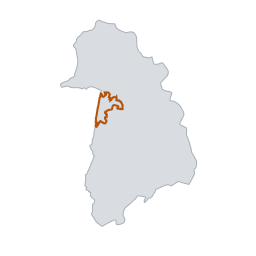 Sissili, Sissili, Burkina Faso shown in context, rotated 100°
{"feature_id": "67063806B75900195473972", "entity_name": "Sissili", "entity_type": "district", "adm_level": 2, "iso_a3": "BFA", "parent_name": "Burkina Faso", "parent_adm1": "Sissili", "projection": "orthographic", "projection_center": [-2.154, 11.45], "detail": "fine", "context": "in_parent", "style": "outline", "palette": "amber", "viewbox_px": 256, "rotation_deg": 100, "n_neighbors": 0, "source": "geoboundaries", "source_scale": "gbopen_adm2", "svg_char_len": 7423}
<svg xmlns="http://www.w3.org/2000/svg" viewBox="0 0 256 256"><g transform="rotate(100 128 128)"><path d="M191.6,160.5L185.0,160.8L182.6,161.6L181.2,161.6L181.1,161.0L180.9,160.7L172.6,158.7L166.7,157.5L160.8,156.2L160.5,157.5L159.6,158.3L158.3,158.4L157.5,158.2L156.9,159.2L155.9,160.4L154.5,161.1L153.2,161.9L152.4,162.5L151.9,162.6L150.5,160.9L148.7,160.8L145.3,161.1L143.8,160.6L141.8,160.4L136.9,160.8L129.1,160.1L127.8,160.5L127.5,160.8L119.7,160.9L111.2,161.0L104.1,161.0L97.9,161.1L97.9,160.8L95.9,160.8L95.7,161.3L93.9,167.8L93.7,171.4L94.6,173.6L95.7,175.0L96.9,175.6L97.0,176.4L96.0,177.4L96.1,178.4L97.2,179.5L97.5,180.7L96.9,181.8L97.0,184.7L97.9,189.2L97.9,192.2L97.1,193.5L97.5,195.8L99.0,199.1L99.3,200.4L98.7,201.1L97.4,201.9L96.2,201.9L94.6,199.9L94.0,199.0L92.8,197.0L91.7,195.0L90.3,194.2L89.0,193.3L87.3,190.8L85.7,189.6L84.0,189.9L81.5,189.4L76.5,188.8L71.1,188.9L68.9,189.5L66.6,190.4L61.0,192.4L58.8,193.4L57.1,195.9L55.2,195.9L53.3,195.0L52.1,193.9L49.6,194.1L47.1,193.0L44.7,190.7L43.0,190.0L40.8,188.4L40.2,185.3L38.8,183.2L37.5,180.2L35.6,178.8L33.3,178.1L30.3,178.2L28.2,177.0L26.7,175.3L27.1,173.8L27.8,171.6L27.9,169.6L28.5,166.2L28.2,162.1L27.7,159.2L29.4,158.0L31.4,156.9L32.6,154.9L33.9,150.5L34.5,146.7L34.1,145.3L33.5,144.1L33.0,142.5L32.7,140.4L33.1,138.7L34.6,137.1L36.5,135.7L37.8,135.1L41.3,134.4L45.7,133.5L48.2,132.3L50.0,131.2L51.1,130.3L52.1,128.4L53.8,127.0L55.2,125.6L55.4,121.5L55.4,119.2L54.4,117.9L53.9,116.8L60.4,113.7L60.5,111.4L59.6,108.9L58.3,106.9L57.9,105.2L59.7,103.1L61.3,101.6L62.4,100.3L65.0,98.3L67.6,97.8L70.0,98.6L77.1,103.3L78.3,103.6L79.8,103.3L81.6,102.0L84.0,101.1L84.9,97.9L84.9,93.3L85.4,91.2L86.7,90.8L90.8,91.7L91.8,91.8L93.0,91.5L93.9,90.7L93.8,89.2L93.6,87.9L95.0,83.6L97.4,80.4L102.3,76.4L103.8,75.6L105.6,75.2L114.3,77.9L115.7,77.3L117.8,70.4L120.2,69.8L123.0,69.6L124.9,69.1L125.8,68.6L129.9,66.0L137.2,62.4L141.2,60.9L141.9,60.3L144.7,57.8L148.4,54.9L150.8,54.3L154.1,54.1L156.1,54.6L156.7,55.4L157.4,55.8L161.7,54.5L167.8,56.4L173.1,58.3L172.8,59.5L172.8,61.7L172.4,65.1L171.9,69.1L174.1,71.7L176.8,74.5L177.5,75.6L176.8,78.4L177.3,80.1L178.8,82.8L181.2,86.2L183.6,89.8L185.3,90.2L186.9,90.5L187.9,91.1L189.3,91.7L190.8,92.1L192.0,92.9L192.8,93.6L193.8,95.8L196.6,97.2L198.5,98.6L197.8,99.4L195.4,99.1L193.1,98.5L192.8,99.6L192.8,103.6L193.2,106.9L193.7,107.4L196.0,108.0L201.5,112.3L206.4,116.3L208.0,117.4L210.8,117.8L213.8,117.9L215.1,117.5L218.0,115.4L219.5,115.1L221.0,115.2L221.8,115.5L223.2,117.2L224.5,119.7L225.0,121.6L224.8,122.6L224.4,123.0L222.0,123.5L221.0,123.9L220.7,124.5L221.1,125.7L221.6,126.5L224.3,130.2L228.2,135.1L229.3,136.4L228.7,137.9L226.8,141.8L225.4,143.5L219.1,149.1L216.0,148.4L209.4,149.7L208.4,148.4L206.8,148.2L204.9,148.5L204.2,149.0L204.0,149.5L203.4,150.3L202.2,152.5L201.2,153.1L200.1,153.4L198.6,153.4L197.8,153.7L197.8,154.8L197.6,155.7L196.6,156.2L196.2,157.3L196.3,158.3L195.7,158.8L194.5,158.5L193.7,158.2L193.1,159.6L192.2,160.5L191.6,160.5Z" fill="#d9dde1" stroke="#a8b0b8" stroke-width="1"/><path d="M96.5,154.5L96.7,154.9L96.7,155.5L96.8,155.7L96.8,155.9L96.8,156.2L96.9,156.4L97.0,156.8L97.0,157.1L98.3,156.6L98.5,156.5L98.5,156.4L98.3,155.9L98.3,155.7L98.6,155.4L99.0,155.4L99.3,155.5L99.9,156.0L100.2,156.3L100.5,156.7L100.7,156.9L101.1,157.2L101.4,157.3L101.6,157.5L101.6,157.8L101.5,158.5L101.4,158.8L101.3,159.2L101.2,159.3L100.8,159.4L100.5,159.3L100.0,159.3L99.8,159.3L99.7,159.6L99.6,159.9L99.5,160.0L99.4,160.1L99.0,160.3L98.9,160.5L98.8,160.8L99.1,160.8L99.3,160.8L99.8,160.9L101.6,160.8L101.9,160.9L102.4,160.9L102.9,161.1L103.0,161.0L103.5,161.1L103.9,161.1L104.2,161.2L106.1,161.1L107.2,161.2L107.7,161.1L108.0,161.2L108.6,161.2L109.6,161.1L110.1,161.1L110.5,161.1L111.2,161.1L111.6,161.1L112.0,161.2L113.1,161.3L115.6,161.3L115.9,161.3L116.0,161.3L117.8,161.2L118.1,161.3L118.9,161.2L122.6,161.2L123.5,161.2L123.7,161.3L123.8,161.4L124.5,161.3L124.8,161.2L125.9,160.8L126.3,160.8L126.7,160.9L126.9,161.0L127.0,161.0L127.6,161.0L127.8,160.7L127.7,160.5L127.8,160.4L127.8,160.2L129.2,160.2L129.5,160.3L129.8,160.2L130.3,160.3L131.0,160.2L131.8,160.3L131.9,160.2L131.7,159.9L131.8,159.9L132.1,159.7L132.0,159.4L132.1,159.2L131.9,159.2L131.8,159.3L131.8,159.5L131.7,159.6L131.4,159.5L131.2,159.4L130.9,159.2L130.7,158.9L130.5,158.7L130.4,158.7L130.5,158.5L130.7,158.3L130.6,158.2L130.4,158.2L130.1,158.3L129.8,158.2L129.7,158.1L129.4,158.3L129.2,158.3L128.9,158.2L129.0,158.0L128.8,157.8L128.7,157.8L128.4,158.0L128.4,157.9L128.2,157.8L128.3,157.6L128.4,157.4L128.2,157.3L127.8,157.3L127.7,157.4L127.6,157.5L127.4,157.4L127.2,157.3L127.2,157.2L127.3,157.1L127.2,157.0L127.0,156.9L126.8,156.8L126.7,156.7L126.5,156.4L126.3,156.4L126.3,156.5L126.1,156.5L126.0,156.4L125.9,156.4L125.9,156.2L126.0,156.0L126.2,155.8L126.8,155.1L126.9,154.9L126.9,154.7L126.8,154.4L126.8,154.1L126.9,153.6L127.0,153.5L127.1,153.4L127.4,153.3L127.5,153.1L127.5,152.6L127.4,152.2L127.5,151.7L127.4,151.7L127.2,151.4L127.1,151.2L126.9,151.1L126.6,151.0L126.5,150.9L126.4,150.8L126.3,150.6L126.2,150.6L125.6,150.5L124.9,150.3L124.7,150.4L124.5,150.5L124.3,150.7L123.9,151.3L123.6,151.5L123.3,151.9L123.0,152.0L122.7,152.2L122.4,152.3L122.0,152.5L121.9,152.5L121.7,152.5L121.4,152.1L121.2,152.0L120.8,152.0L120.7,151.9L120.7,151.7L120.8,151.5L120.8,151.4L120.7,151.2L120.8,151.0L119.5,151.1L118.7,151.1L118.5,151.3L118.3,151.5L118.2,151.6L118.2,151.9L117.9,151.9L117.7,151.8L117.5,152.0L117.5,152.3L117.4,152.4L117.4,153.0L117.2,153.2L117.0,153.3L116.9,153.3L116.7,153.2L116.3,153.2L116.2,153.1L115.9,153.1L115.9,152.8L115.9,152.7L115.7,152.6L115.6,152.4L115.7,152.2L115.2,151.9L114.8,151.7L114.5,151.4L114.1,151.0L113.9,150.7L113.6,150.1L113.3,149.4L113.2,149.2L112.9,148.1L112.9,147.9L112.4,147.2L112.1,147.0L111.9,146.9L111.7,146.9L110.6,147.0L110.4,147.0L109.6,147.0L109.2,146.9L108.9,146.8L108.6,146.6L108.3,146.5L108.2,146.4L108.0,146.1L107.9,146.0L107.9,145.8L107.8,145.4L107.9,144.3L107.9,144.0L108.0,142.3L108.0,141.9L108.3,141.6L108.5,141.4L108.6,141.5L108.8,141.6L109.1,141.6L109.3,141.7L109.6,141.7L109.8,141.8L110.4,142.0L110.5,141.9L110.7,141.7L110.7,141.2L110.7,140.7L110.5,139.9L110.4,139.7L110.2,139.3L110.2,139.2L110.3,139.1L110.7,139.1L110.8,139.0L110.7,138.5L110.5,137.2L110.4,136.6L110.2,136.6L109.7,136.7L109.5,136.8L109.3,136.9L109.2,136.9L108.9,136.9L107.6,137.2L107.4,137.2L106.7,137.1L106.4,137.2L106.2,137.4L106.0,137.7L105.8,137.9L105.5,138.1L104.9,138.3L104.4,138.9L104.2,139.3L103.9,139.6L103.7,139.6L103.4,139.5L103.2,140.1L103.1,140.7L103.1,141.1L102.9,141.2L102.6,141.3L102.4,141.4L102.4,141.5L102.6,142.0L102.6,142.4L102.7,142.6L102.8,142.9L102.7,143.4L102.7,143.9L102.7,144.3L101.7,144.3L100.8,144.3L100.6,144.3L99.9,144.6L99.5,144.8L99.2,144.9L99.6,145.1L99.9,145.4L100.0,145.6L100.1,146.0L100.1,146.5L100.0,147.0L99.9,147.4L100.0,147.6L100.4,148.0L100.8,148.3L101.4,148.6L101.8,148.7L102.3,149.1L102.6,149.3L102.9,149.4L103.3,149.4L103.4,149.5L103.5,149.6L103.9,149.9L104.0,150.0L103.9,150.0L103.7,150.3L103.4,150.5L103.0,150.7L103.0,150.8L102.9,150.8L102.9,151.0L102.7,150.9L102.5,151.0L102.1,151.0L101.6,151.0L101.3,150.9L101.3,151.0L101.2,151.2L101.2,151.3L101.1,151.7L101.1,151.9L101.1,152.2L101.0,152.3L100.8,152.2L100.5,152.2L100.4,152.2L99.5,152.1L99.2,152.1L98.8,151.9L98.4,151.7L98.2,151.6L97.8,151.9L97.5,152.2L97.3,152.3L97.1,152.9L96.9,153.1L96.6,153.3L96.5,153.7L96.5,153.8L96.6,154.1L96.5,154.3L96.5,154.5Z" fill="none" stroke="#b45309" stroke-width="2"/></g></svg>